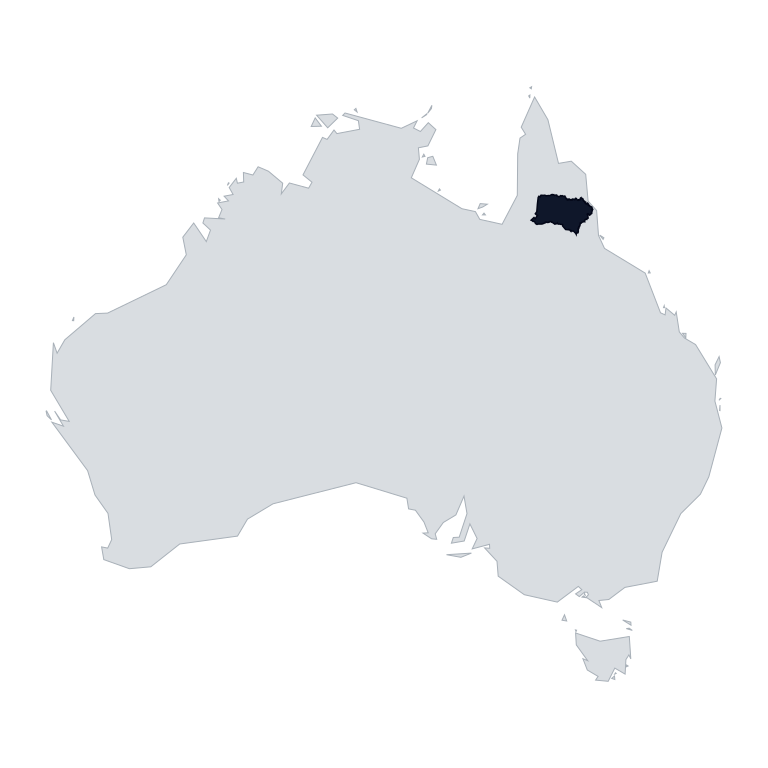 Mareeba, Queensland, Australia shown in context
{"feature_id": "25037944B55743987265110", "entity_name": "Mareeba", "entity_type": "district", "adm_level": 2, "iso_a3": "AUS", "parent_name": "Australia", "parent_adm1": "Queensland", "projection": "albers", "projection_center": [144.699, -17.129], "detail": "fine", "context": "in_parent", "style": "filled", "palette": "ink", "viewbox_px": 768, "rotation_deg": 0, "n_neighbors": 0, "source": "geoboundaries", "source_scale": "gbopen_adm2", "svg_char_len": 9090}
<svg xmlns="http://www.w3.org/2000/svg" viewBox="0 0 768 768"><path d="M547.9,119.7L558.5,163.4L571.3,161.2L585.7,174.3L588.1,201.1L596.6,210.5L598.5,235.4L604.5,248.4L645.2,273.1L660.5,312.8L665.1,314.9L666.0,308.0L674.7,315.3L676.2,311.9L679.3,331.9L684.4,338.0L695.6,344.6L716.6,378.9L714.9,401.1L721.9,428.0L708.8,476.8L700.4,494.2L680.8,513.6L662.1,552.2L657.2,581.2L624.9,587.4L608.8,599.5L598.9,600.5L601.7,607.6L586.1,597.2L588.4,594.8L587.4,592.3L584.5,592.1L579.3,596.6L575.6,593.9L581.8,589.7L578.3,586.4L557.3,602.1L524.3,594.7L498.2,576.2L497.0,561.3L484.6,547.9L489.7,548.3L489.5,544.3L472.2,548.9L477.1,538.5L469.9,523.9L464.2,541.0L451.4,543.2L453.3,537.5L459.2,537.2L467.0,513.6L464.0,496.1L455.9,514.9L443.3,522.5L435.2,533.8L436.7,539.3L431.6,538.8L423.0,533.1L428.2,532.8L424.0,522.1L415.4,510.2L408.6,508.9L406.9,498.2L356.0,482.7L273.0,503.8L247.5,519.1L237.5,536.1L179.7,544.0L150.8,566.8L129.4,568.7L103.8,559.6L101.6,546.9L107.7,548.1L111.7,539.6L108.0,513.4L95.0,495.0L87.6,470.6L51.9,422.2L63.5,426.2L54.6,411.1L60.6,419.9L69.2,421.4L50.7,390.3L53.4,342.7L57.1,353.2L64.8,339.8L95.5,313.6L107.6,313.1L166.3,284.7L186.3,254.8L182.8,237.2L193.7,223.0L206.3,241.6L210.5,230.1L202.9,223.0L204.5,217.9L225.2,219.0L218.6,217.8L222.0,209.5L217.6,203.0L228.5,200.9L224.1,196.2L233.1,194.5L229.2,187.5L236.3,178.3L237.4,183.2L243.7,182.0L243.4,172.5L252.9,175.0L258.1,166.8L268.4,171.2L282.7,183.2L281.3,193.9L289.4,183.0L308.6,188.2L312.0,182.2L303.0,174.9L322.5,137.4L327.1,139.4L334.0,130.0L336.9,133.6L359.6,129.3L358.4,120.7L342.7,115.4L345.0,113.0L401.3,128.3L417.1,120.8L413.5,128.0L420.4,131.5L428.3,122.7L435.9,129.6L427.9,145.9L418.4,147.8L419.4,159.3L411.3,177.8L461.9,208.7L475.4,211.6L479.8,219.4L502.1,224.3L517.3,195.4L517.7,153.8L520.0,138.1L525.6,134.3L521.2,127.2L534.6,97.0L547.9,119.7ZM575.6,633.0L600.1,641.2L629.3,636.5L630.8,658.9L628.9,654.9L625.9,659.6L625.1,674.1L614.8,668.1L608.2,681.3L595.6,680.1L598.1,676.4L587.3,670.0L582.9,658.7L587.7,660.7L576.3,644.9L575.6,633.0ZM316.6,115.2L332.5,114.0L337.7,118.1L327.7,127.8L316.6,115.2ZM446.5,554.7L471.4,553.1L460.9,557.3L446.5,554.7ZM432.8,156.3L436.4,165.1L426.4,164.1L427.7,157.7L432.8,156.3ZM715.3,375.0L715.1,364.8L719.1,356.6L720.4,362.7L715.3,375.0ZM622.7,620.0L630.8,622.1L631.0,625.2L622.7,620.0ZM315.2,117.9L321.4,126.2L311.2,126.5L315.2,117.9ZM566.7,621.0L562.0,620.2L564.5,614.8L566.7,621.0ZM487.3,204.2L482.7,207.0L478.0,208.7L480.2,203.6L487.3,204.2ZM51.5,419.9L47.1,415.7L46.1,411.2L46.6,410.9L51.5,419.9ZM629.2,628.2L632.3,630.4L626.3,628.6L629.2,628.2ZM682.5,333.3L686.0,333.4L685.8,337.9L682.5,333.3ZM599.7,235.1L603.9,237.8L603.1,239.4L599.7,235.1ZM614.5,676.0L614.8,679.5L611.7,678.4L614.5,676.0ZM720.0,405.1L720.0,410.6L719.6,410.5L720.0,405.1ZM357.1,112.0L354.3,109.8L355.9,108.4L357.1,112.0ZM431.4,108.6L427.7,113.2L431.9,105.3L431.4,108.6ZM720.8,398.5L719.0,400.3L720.2,398.3L720.8,398.5ZM440.4,190.1L438.3,191.1L439.4,188.9L440.4,190.1ZM425.0,156.4L422.3,157.0L423.8,154.2L425.0,156.4ZM73.9,317.0L73.7,320.7L72.4,320.6L73.9,317.0ZM529.9,95.0L529.8,98.1L528.7,95.9L529.9,95.0ZM584.6,593.5L585.2,595.3L584.3,594.7L584.6,593.5ZM426.7,114.6L421.6,117.9L426.8,113.8L426.7,114.6ZM229.1,183.1L227.4,185.4L228.4,182.8L229.1,183.1ZM616.2,673.4L614.7,674.1L615.5,672.8L616.2,673.4ZM485.4,214.9L482.5,214.9L484.0,213.1L485.4,214.9ZM220.3,200.2L219.0,201.5L218.6,198.7L220.3,200.2ZM628.1,666.0L625.9,667.0L626.6,665.0L628.1,666.0ZM531.6,86.7L531.3,88.8L529.8,87.8L531.6,86.7ZM583.4,595.9L585.5,597.6L582.0,597.1L583.4,595.9ZM650.2,272.9L648.3,273.0L649.1,270.7L650.2,272.9ZM664.5,307.6L663.5,307.6L664.2,305.7L664.5,307.6ZM576.6,630.2L576.0,631.6L575.4,629.9L576.6,630.2Z" fill="#d9dde1" stroke="#a8b0b8" stroke-width="1"/><path d="M591.7,207.0L591.2,206.8L590.5,206.4L590.3,206.4L589.8,206.0L589.7,206.1L589.6,205.9L589.7,205.3L589.9,205.1L589.2,205.5L588.7,205.6L588.4,205.5L588.5,204.9L588.2,204.8L588.5,204.8L588.5,204.7L588.3,204.6L588.4,204.2L588.2,204.1L588.2,203.8L587.8,203.4L587.7,203.1L587.4,203.0L587.1,203.2L587.1,203.5L586.8,203.9L586.6,203.7L586.3,203.8L586.3,203.6L586.0,203.4L585.9,203.5L585.8,203.4L585.7,203.4L585.4,203.0L585.4,202.9L585.2,202.8L585.3,202.6L585.1,202.6L585.3,202.2L584.8,202.2L584.8,201.8L584.6,201.8L584.5,201.5L584.2,201.4L584.4,201.2L583.9,200.9L583.6,200.6L583.6,200.4L583.4,200.1L583.1,200.1L583.1,199.9L583.0,199.7L583.0,199.3L582.9,199.2L582.9,198.9L582.5,198.7L582.3,198.5L582.1,198.5L581.7,198.5L581.6,198.4L581.7,198.2L580.9,197.9L581.0,197.8L581.0,197.7L580.8,197.8L580.4,198.3L580.5,198.4L580.5,198.5L580.3,198.5L580.2,198.8L580.4,199.2L580.4,199.5L580.1,199.7L579.9,199.9L579.6,199.9L579.5,200.0L579.1,199.8L578.9,199.9L578.7,200.1L578.5,199.7L578.4,199.7L577.7,200.3L577.4,200.2L577.1,199.6L576.6,199.1L576.6,198.8L576.4,198.5L575.9,198.4L575.6,198.3L575.5,198.5L575.3,198.5L575.2,198.6L575.1,199.1L575.1,199.6L574.9,199.8L574.3,199.5L574.0,199.6L573.9,199.5L573.8,199.4L573.3,199.2L573.1,199.0L572.9,199.0L572.6,199.2L572.3,199.1L572.0,199.3L571.9,199.5L572.1,199.6L572.2,199.9L571.9,200.2L571.7,200.1L571.4,200.0L571.3,199.8L570.9,199.7L570.7,199.9L570.3,200.1L570.1,200.0L570.1,199.8L569.8,199.6L569.8,199.4L569.0,198.9L568.7,199.1L568.6,199.6L568.3,199.9L568.1,199.9L567.8,199.6L567.7,199.8L567.3,200.0L567.2,199.7L567.0,199.0L566.8,198.9L566.8,198.7L566.6,198.5L566.4,198.5L566.2,198.6L566.1,198.4L565.8,198.2L565.8,197.9L565.4,197.3L565.4,197.1L565.1,197.0L565.0,196.3L564.8,196.3L564.7,196.1L564.2,196.1L564.0,196.3L563.9,196.3L563.7,196.4L563.2,196.2L562.9,196.0L562.5,195.8L562.4,195.9L562.1,195.7L561.8,195.9L561.8,196.0L561.5,196.2L561.4,196.0L561.2,196.0L561.2,195.8L560.8,195.6L560.7,195.6L560.3,196.2L560.0,196.1L559.5,196.6L559.1,196.6L558.8,196.6L558.7,196.7L558.1,196.5L557.9,196.2L557.3,196.0L557.1,195.8L556.9,195.9L556.6,195.4L556.6,195.1L556.3,195.1L556.2,195.0L555.2,195.2L554.6,195.5L553.5,195.0L553.6,194.7L553.2,194.7L552.9,194.6L552.6,194.8L552.4,194.6L552.2,194.5L551.6,194.6L550.7,195.1L550.6,195.3L549.3,195.7L548.6,195.5L547.9,195.7L547.2,195.6L546.1,195.9L545.7,195.5L545.4,195.5L545.1,195.3L544.5,195.2L544.0,195.2L543.6,195.4L543.1,195.4L542.5,195.3L541.7,195.3L541.3,195.2L540.8,195.3L540.6,195.5L540.2,195.3L540.8,195.9L540.0,197.0L538.9,196.3L538.2,197.4L537.4,204.1L536.8,211.7L535.3,213.8L535.6,214.1L536.0,214.2L536.2,214.6L536.6,215.0L537.0,215.3L537.5,215.4L535.1,218.8L534.0,217.5L531.1,220.2L531.4,220.4L532.0,220.5L532.4,220.8L532.9,221.4L533.0,221.4L533.4,221.2L533.8,221.5L534.1,221.5L534.5,221.6L534.8,222.0L535.2,222.9L535.4,223.3L535.7,223.5L536.0,223.9L537.0,224.4L537.3,224.2L538.3,224.1L538.5,224.0L539.1,224.0L539.4,224.1L539.9,223.9L540.8,224.1L542.0,224.0L542.5,223.7L542.7,223.8L543.0,223.6L543.7,223.5L544.4,223.0L545.1,222.9L545.2,222.2L545.7,222.2L545.9,222.0L546.4,222.2L546.5,222.3L546.8,222.1L547.5,222.5L547.8,222.4L548.6,222.4L549.0,222.3L549.3,222.0L549.3,221.6L550.0,221.5L550.8,221.8L551.0,221.6L551.3,221.7L551.3,222.0L551.5,222.2L551.8,222.3L552.2,222.2L552.5,222.4L552.5,222.5L552.9,222.8L553.3,222.9L553.6,223.3L553.9,223.3L554.0,223.5L554.3,223.5L554.5,223.7L554.7,224.1L555.1,224.1L555.6,223.9L555.7,223.5L555.9,223.4L556.1,223.4L556.2,223.6L556.6,223.8L556.8,223.8L557.0,223.5L557.3,223.4L557.4,223.2L557.6,223.7L558.4,224.1L558.5,224.0L558.7,223.8L558.9,223.8L559.3,224.0L559.9,224.1L560.1,224.3L562.6,224.5L562.6,225.9L565.6,229.5L568.5,229.8L568.7,229.6L568.7,229.4L569.0,229.4L569.2,229.5L569.4,229.9L570.0,230.1L570.3,230.7L571.0,231.4L571.3,230.6L571.6,230.7L571.9,231.0L573.6,231.2L574.0,231.5L574.5,232.2L575.7,233.3L576.2,234.3L576.4,232.7L576.9,232.4L577.1,232.4L577.1,232.7L577.3,232.8L577.3,233.0L577.7,232.9L577.9,232.7L578.0,232.7L578.1,232.4L578.3,231.8L578.2,231.4L578.4,230.9L578.0,230.0L578.1,229.8L578.4,229.5L578.3,229.3L578.3,228.7L578.2,228.5L578.5,228.1L578.5,227.9L578.9,227.9L578.8,227.6L578.7,227.5L578.7,227.4L578.8,227.1L579.1,227.0L579.0,226.6L579.5,226.5L579.5,226.1L579.9,225.7L579.7,225.4L579.7,225.2L580.1,224.6L580.0,224.3L580.1,224.1L580.1,223.8L580.2,223.6L580.4,223.5L580.4,223.1L580.9,223.3L581.4,223.0L581.4,222.6L581.6,222.4L582.5,222.1L582.6,221.9L582.8,221.8L583.3,221.9L583.8,221.5L584.5,221.7L584.4,221.3L584.6,221.3L584.5,221.0L584.6,220.6L584.9,220.2L584.8,219.9L585.0,219.7L585.3,219.7L585.9,219.6L586.0,219.4L586.0,219.2L586.4,219.2L586.6,219.0L586.8,219.1L586.8,218.8L587.5,218.5L587.7,218.1L587.9,218.1L587.9,217.7L588.1,217.7L588.0,217.2L587.8,216.5L587.9,216.3L587.7,215.9L587.8,214.8L587.2,214.5L587.3,214.0L587.3,213.9L587.5,213.7L587.8,213.7L587.8,213.9L588.2,213.9L588.0,214.3L588.3,214.4L588.2,214.6L588.3,214.8L588.5,214.8L588.5,214.7L589.0,214.6L589.3,215.0L589.5,215.2L589.8,215.0L589.8,214.7L590.2,214.7L590.5,214.6L590.7,214.1L590.7,213.8L591.4,213.7L591.7,213.5L591.6,213.3L591.4,213.3L591.4,213.1L591.7,212.6L591.8,212.4L591.6,212.1L591.8,211.8L592.0,211.6L592.0,211.0L592.2,210.7L592.4,210.1L592.2,209.9L592.3,209.6L591.9,209.4L592.3,209.2L592.1,209.1L592.3,208.7L592.0,208.4L592.0,207.9L591.8,207.5L591.9,207.3L591.7,207.2L591.7,207.0Z" fill="#0f172a" stroke="#020617" stroke-width="1.5"/></svg>